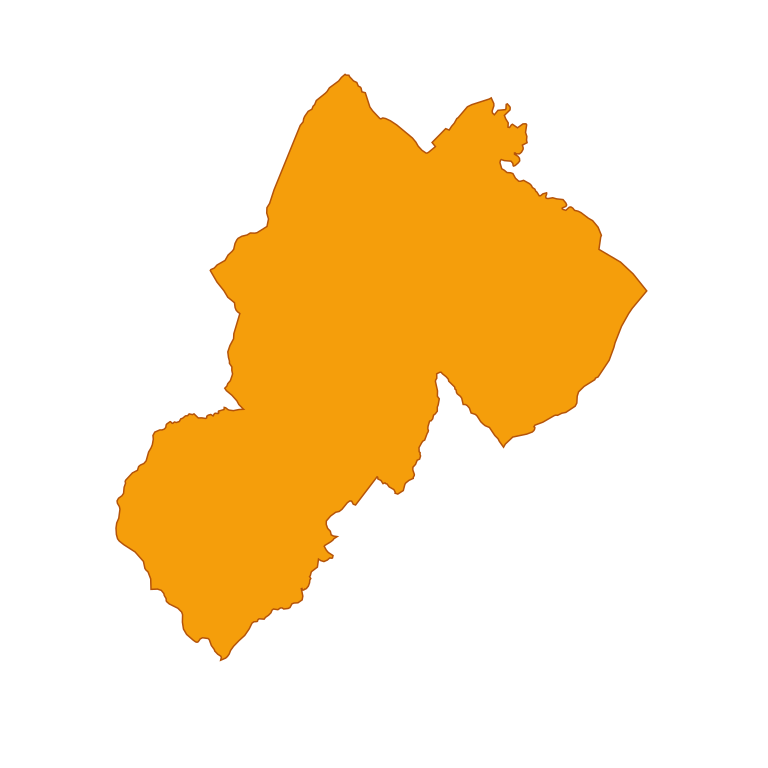 the district of Sesquilé, Cundinamarca, Colombia, rotated 100°
{"feature_id": "7082276B63627699058168", "entity_name": "Sesquilé", "entity_type": "district", "adm_level": 2, "iso_a3": "COL", "parent_name": "Colombia", "parent_adm1": "Cundinamarca", "projection": "orthographic", "projection_center": [-73.794, 5.015], "detail": "fine", "context": "isolated", "style": "filled", "palette": "amber", "viewbox_px": 768, "rotation_deg": 100, "n_neighbors": 0, "source": "geoboundaries", "source_scale": "gbopen_adm2", "svg_char_len": 6141}
<svg xmlns="http://www.w3.org/2000/svg" viewBox="0 0 768 768"><g transform="rotate(100 384 384)"><path d="M85.8,476.1L89.5,479.2L93.5,481.3L101.8,489.2L105.9,490.9L107.9,492.3L116.6,499.9L120.9,500.8L122.8,502.1L125.9,502.7L128.6,506.0L134.2,508.6L136.8,509.2L139.8,509.1L143.9,511.4L211.8,526.0L226.0,528.0L230.7,529.9L236.0,529.2L241.5,526.4L249.2,526.6L257.1,535.4L257.9,537.5L258.5,541.9L261.0,544.7L263.2,549.7L265.9,553.0L267.7,554.0L271.4,555.1L277.4,555.4L279.7,556.6L284.0,559.9L289.9,562.0L295.7,569.0L299.3,571.3L301.4,574.4L302.4,574.8L312.7,566.1L320.0,557.8L325.7,552.9L329.9,545.4L334.6,543.9L337.0,542.4L338.5,540.5L339.6,538.2L360.5,540.6L365.6,540.0L372.9,542.4L379.5,543.4L384.8,541.8L388.2,540.2L390.5,539.8L393.6,536.8L397.1,536.2L400.3,534.9L401.7,535.0L407.4,535.9L410.7,537.9L413.4,538.4L415.8,540.1L417.9,538.1L421.5,531.8L426.1,526.0L429.4,523.4L433.3,517.9L434.3,522.3L436.4,527.7L436.6,531.8L436.3,533.2L434.9,535.8L434.8,537.3L436.9,537.1L439.4,542.2L440.4,542.3L441.1,541.7L441.9,542.2L442.1,545.1L442.6,545.8L445.1,546.8L444.1,549.3L445.2,551.7L446.5,552.9L448.2,552.8L448.9,553.7L449.0,557.7L449.7,561.0L446.4,565.9L447.4,567.3L447.3,570.7L449.3,571.9L449.9,574.0L452.8,576.5L453.5,578.0L456.5,579.1L458.0,581.8L457.8,583.8L459.4,585.2L459.5,585.8L458.2,587.7L458.3,588.2L461.0,590.9L462.0,591.4L464.8,591.4L466.6,592.6L467.8,594.7L468.2,596.9L471.2,601.4L474.8,602.6L478.5,601.6L484.0,601.6L487.3,602.3L491.9,604.0L501.0,604.9L504.0,606.7L506.1,609.8L507.9,611.3L511.8,611.8L515.2,616.3L523.6,621.7L524.8,622.0L526.7,621.3L530.8,622.0L536.9,621.5L539.6,622.7L542.6,625.6L545.5,626.6L547.8,625.8L550.7,623.3L553.2,622.3L562.2,621.9L567.3,623.1L572.5,622.9L578.7,621.4L582.7,619.5L584.6,617.5L587.4,612.4L592.6,600.0L600.5,590.1L607.0,587.5L608.3,586.4L610.1,583.7L616.5,579.9L626.7,577.8L625.3,571.4L625.9,567.5L628.6,564.4L630.4,563.7L633.2,561.3L635.4,560.8L636.1,560.2L637.9,557.3L640.6,548.1L643.7,543.7L646.2,542.3L653.5,541.2L660.2,538.9L664.9,534.9L669.3,527.6L670.7,524.7L670.8,523.3L670.1,522.2L666.9,520.7L665.4,518.6L665.2,513.0L666.1,511.7L671.5,508.6L675.0,505.0L676.4,504.3L679.0,500.8L680.3,497.6L681.5,496.7L684.4,496.9L681.4,492.3L679.6,490.9L676.9,489.6L673.0,488.8L668.4,486.6L661.7,482.1L655.8,477.5L648.5,474.2L642.5,472.5L640.8,470.9L640.0,467.9L639.5,467.4L638.1,467.3L636.9,466.2L636.4,461.2L634.4,460.2L631.7,457.5L628.9,455.6L626.1,455.0L624.8,453.8L624.7,449.3L622.5,447.1L622.2,445.4L623.0,443.7L621.7,439.4L620.5,437.8L616.5,436.5L615.4,434.7L614.4,430.7L610.8,427.1L607.0,427.1L599.9,429.9L599.6,429.3L601.1,428.5L600.8,427.2L599.7,426.5L599.7,425.9L598.9,424.9L596.2,423.4L592.7,422.8L589.9,423.0L588.3,422.3L586.6,423.9L585.6,423.3L581.9,423.0L581.0,422.5L575.9,417.8L567.8,418.1L568.9,415.6L569.3,412.3L567.2,409.2L564.8,407.3L564.6,405.0L564.2,404.5L561.8,404.4L559.6,409.6L557.6,412.0L554.2,414.7L553.2,414.2L548.6,409.0L546.6,407.2L545.1,406.5L542.4,403.6L542.5,407.4L541.7,409.8L538.3,411.3L536.0,414.4L532.3,416.5L528.9,417.0L523.3,413.7L518.7,409.3L517.3,406.0L514.7,403.6L507.3,399.5L505.1,397.4L505.0,395.5L507.7,393.4L508.1,391.0L476.6,374.7L476.8,374.1L478.6,373.5L479.5,370.3L482.3,367.7L481.2,365.9L481.9,364.8L481.9,363.7L484.4,361.1L486.3,355.9L488.6,354.2L489.6,354.2L490.0,351.3L485.6,346.5L479.2,346.0L477.7,345.4L474.5,342.6L471.9,338.8L470.9,339.0L468.9,338.3L467.8,338.4L463.6,340.7L461.0,341.1L457.7,339.0L453.3,338.1L451.8,335.9L448.5,335.5L447.1,336.3L445.3,336.5L444.6,337.6L440.6,338.5L434.8,336.5L433.1,335.5L432.2,334.2L425.1,332.9L423.6,332.3L422.0,332.2L420.7,333.0L418.4,333.3L413.0,332.7L412.3,332.3L412.1,331.3L409.9,330.0L406.1,329.8L404.5,328.3L401.5,326.8L397.5,327.5L395.2,327.0L389.0,327.0L386.8,329.3L381.5,330.1L372.6,333.8L371.0,333.8L369.2,333.0L364.8,333.9L362.7,331.0L362.5,329.8L363.8,328.2L366.1,324.0L368.0,321.6L370.0,320.7L374.7,313.9L376.7,313.2L377.3,312.0L379.8,311.1L381.0,310.1L382.9,306.6L384.5,305.0L390.4,302.5L390.1,300.2L390.8,298.3L392.9,295.7L397.4,293.2L398.1,288.7L399.4,286.7L404.4,282.1L406.3,279.3L407.5,277.1L408.5,272.6L415.5,265.9L418.1,262.2L420.4,260.5L425.5,255.3L422.1,254.1L413.9,248.0L408.5,234.6L405.5,229.6L403.8,228.3L402.1,227.8L400.6,227.9L400.1,228.9L398.3,228.2L394.0,220.9L385.6,210.9L384.8,209.4L384.7,207.6L381.9,203.8L380.4,200.0L372.7,191.9L369.3,190.8L362.4,191.6L357.9,191.0L351.6,186.5L343.1,177.1L341.5,176.8L339.9,174.4L321.6,166.4L308.3,164.0L303.3,163.6L285.9,160.1L272.2,155.3L266.4,152.7L246.7,141.4L232.3,157.8L222.9,172.2L214.1,195.7L201.7,196.1L199.9,195.7L192.4,200.4L186.9,206.9L185.2,211.6L181.0,219.8L180.1,222.9L179.9,226.5L178.1,228.5L177.3,230.2L177.3,231.4L177.9,232.4L181.4,235.1L181.0,238.2L180.5,239.0L179.7,239.0L177.5,235.7L176.0,235.2L174.2,236.3L171.3,239.7L171.7,246.1L171.3,250.2L172.9,254.7L172.9,256.3L172.5,256.9L171.3,257.3L168.5,256.8L167.5,257.1L169.1,260.5L171.4,262.5L171.7,263.8L168.4,266.8L167.9,267.9L165.9,269.3L164.7,272.0L162.8,273.4L161.5,275.3L159.2,281.9L160.6,284.7L160.9,286.5L158.5,290.3L154.4,293.6L154.0,295.9L154.4,299.6L152.6,302.6L151.6,305.4L145.8,308.3L143.5,308.1L142.6,307.5L143.1,304.3L142.5,297.6L144.3,295.5L146.6,294.7L146.9,294.2L146.0,292.7L142.9,290.2L140.7,289.1L138.2,289.8L136.5,291.6L135.0,295.4L133.8,295.6L133.6,295.0L134.4,293.7L133.8,290.5L131.9,288.9L128.8,287.8L127.4,287.9L124.7,289.2L121.5,285.0L119.0,286.0L115.4,286.3L111.7,288.3L104.0,288.5L103.1,289.4L103.7,292.3L108.5,297.0L105.9,302.6L106.6,303.5L109.6,304.9L109.5,306.5L105.3,307.0L101.7,310.2L98.6,312.1L92.2,307.5L90.0,307.7L89.0,308.3L86.7,311.2L87.4,312.2L91.8,311.7L92.7,312.1L94.7,319.3L99.7,322.1L98.3,324.2L96.4,324.9L91.0,324.1L88.7,324.6L83.6,328.1L85.0,329.7L93.6,346.0L96.5,350.0L108.8,357.2L110.0,358.4L115.0,360.1L118.5,362.2L122.6,363.9L121.8,367.6L137.8,378.6L141.3,374.6L148.0,380.3L149.0,381.5L149.3,382.6L147.3,387.1L143.8,391.7L140.3,394.6L136.8,398.7L126.7,416.4L123.7,423.3L122.3,428.4L122.2,431.4L123.4,433.1L123.2,434.3L117.0,442.6L113.7,446.0L100.4,453.0L100.1,456.5L96.7,457.9L95.8,458.7L95.0,461.1L91.8,463.1L90.8,466.7L87.3,471.3L86.0,472.2L86.4,474.9L85.8,476.1Z" fill="#f59e0b" stroke="#b45309" stroke-width="1.5"/></g></svg>